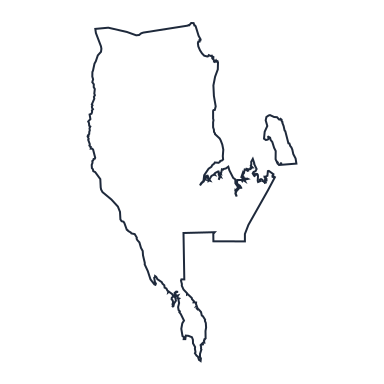 Kati, Zanzibar South and Central, United Republic of Tanzania
{"feature_id": "72390352B68738670078554", "entity_name": "Kati", "entity_type": "district", "adm_level": 2, "iso_a3": "TZA", "parent_name": "United Republic of Tanzania", "parent_adm1": "Zanzibar South and Central", "projection": "robinson", "projection_center": [39.392, -6.207], "detail": "fine", "context": "isolated", "style": "outline", "palette": "slate", "viewbox_px": 384, "rotation_deg": 0, "n_neighbors": 0, "source": "geoboundaries", "source_scale": "gbopen_adm2", "svg_char_len": 5999}
<svg xmlns="http://www.w3.org/2000/svg" viewBox="0 0 384 384"><path d="M95.3,28.9L95.9,33.0L101.0,46.4L101.4,48.8L101.0,51.8L97.8,55.4L95.8,61.3L94.5,63.6L93.0,70.6L92.4,72.0L92.3,76.6L93.1,79.3L92.3,82.2L93.8,84.3L93.7,87.1L94.8,89.0L94.3,93.6L94.9,95.2L93.9,96.9L94.3,98.7L91.8,104.5L92.5,105.3L91.9,106.4L92.0,107.8L93.0,109.2L91.9,110.4L92.1,111.9L91.5,113.7L89.6,114.5L90.4,119.1L88.2,121.5L89.0,123.1L89.2,125.8L90.3,126.5L89.5,128.3L89.8,130.4L89.3,131.7L89.2,134.0L88.6,134.7L88.5,135.8L87.9,135.6L87.6,136.4L88.7,138.9L88.2,139.8L89.8,144.2L89.4,145.6L90.8,146.9L90.5,147.5L91.1,148.3L90.9,148.7L92.2,148.7L93.1,149.6L95.2,157.8L94.8,158.7L93.6,159.0L93.2,160.4L92.3,161.1L92.5,162.8L91.7,164.9L91.9,168.1L92.9,169.3L93.3,171.2L95.2,172.1L100.3,179.1L100.7,187.4L101.1,189.5L102.5,192.1L111.4,199.5L117.9,206.6L120.0,211.9L120.4,219.4L121.6,221.2L123.5,221.7L124.4,223.1L126.8,229.8L127.5,230.0L128.2,231.0L130.8,232.5L131.4,233.4L134.7,234.1L136.8,237.6L136.6,238.7L137.4,240.2L139.4,242.4L141.0,247.9L142.7,251.0L143.0,255.3L144.8,263.0L144.7,264.4L147.8,271.1L150.5,279.4L154.4,284.4L155.4,284.8L155.9,283.7L154.8,281.6L154.2,277.8L155.0,277.1L155.1,276.1L156.2,276.9L157.4,279.2L161.7,282.1L162.5,283.7L164.3,285.3L164.6,287.6L166.4,288.5L167.4,290.6L168.4,291.3L168.2,292.3L168.9,291.7L172.1,294.0L173.4,296.4L171.8,297.7L171.6,299.3L172.6,300.3L173.1,302.2L172.5,304.3L173.1,305.4L172.6,306.2L172.9,306.5L173.4,306.2L174.0,303.6L175.9,300.7L175.4,297.9L174.7,297.1L174.6,293.0L176.2,291.6L178.1,291.9L176.6,292.0L175.1,293.0L176.3,296.0L178.1,295.4L177.5,296.4L177.6,298.0L179.1,298.5L178.3,299.2L179.1,303.0L178.1,307.1L178.6,310.1L179.8,311.3L179.3,312.1L180.8,314.1L184.0,320.6L182.3,323.3L181.3,328.8L182.5,336.1L184.0,337.1L183.7,339.1L185.3,339.1L185.8,335.6L188.3,335.8L191.9,337.2L192.9,339.7L193.0,343.3L195.1,347.1L194.9,348.7L195.5,352.1L194.9,353.2L196.6,355.7L197.9,356.6L199.0,359.9L200.6,361.0L200.9,358.5L200.0,356.8L200.0,353.9L201.4,349.5L201.0,348.8L201.1,347.0L200.6,345.1L201.7,344.0L202.0,344.6L202.9,344.4L202.6,343.1L203.4,342.4L204.3,342.6L204.0,340.4L204.7,339.6L204.5,339.2L205.6,338.4L205.5,331.0L206.1,327.5L205.8,323.0L204.9,320.8L205.1,319.7L202.9,316.2L201.8,315.5L201.0,312.0L198.5,309.2L197.9,308.9L197.6,309.3L196.9,308.6L197.5,308.1L196.8,306.3L196.3,306.4L196.7,305.9L196.0,304.0L196.1,302.5L193.6,302.4L194.0,301.3L192.0,299.2L191.8,298.0L187.8,294.2L187.0,294.6L187.0,293.2L183.5,289.5L181.8,285.7L181.9,284.0L181.0,280.7L181.4,279.4L184.3,279.4L183.5,233.0L214.7,232.2L213.3,233.8L213.4,241.3L244.9,241.4L244.9,234.0L248.4,224.9L268.0,190.2L274.9,177.2L273.9,176.5L273.5,177.3L272.5,176.8L272.5,175.6L273.4,174.2L268.8,170.9L267.9,171.1L267.4,175.8L266.0,176.4L265.9,177.2L265.6,176.8L264.5,176.7L264.6,177.4L265.4,178.3L267.2,179.5L266.4,179.2L266.6,181.3L265.9,179.3L265.1,179.6L265.8,182.5L264.9,182.8L264.6,181.3L263.9,182.6L263.9,181.2L262.3,181.0L262.4,179.8L261.0,179.1L259.9,179.6L260.0,181.2L258.1,182.0L257.7,180.8L258.0,176.2L257.7,174.6L257.2,174.0L256.4,173.9L256.0,174.6L254.9,174.0L254.3,175.3L255.1,176.6L254.0,175.6L252.7,173.4L253.6,171.9L255.5,171.2L256.6,169.0L254.1,163.8L254.3,163.3L252.8,158.9L251.2,161.8L251.3,164.4L250.8,165.6L252.4,167.4L251.1,167.4L250.3,166.7L251.2,168.4L250.4,169.1L249.0,169.1L248.4,169.5L248.3,170.6L247.6,170.8L247.4,169.8L246.6,170.3L247.3,169.3L247.0,168.9L246.5,168.8L246.2,169.9L244.7,169.5L243.9,173.2L243.4,173.8L242.9,172.7L241.9,175.6L243.2,176.5L244.2,176.3L243.3,176.8L242.1,176.5L241.4,177.1L242.9,178.6L244.2,178.2L245.9,178.8L247.3,178.6L247.9,178.9L244.3,179.8L245.0,181.2L243.0,179.9L242.3,181.1L241.6,180.0L237.4,180.0L237.0,182.6L237.4,184.0L239.9,185.7L241.5,188.2L239.9,187.0L239.4,186.0L238.8,186.3L238.9,187.4L239.5,187.8L238.8,187.8L238.7,188.7L236.5,191.1L235.6,193.4L236.4,195.4L236.6,196.5L235.4,193.6L235.8,191.0L235.3,190.6L235.4,190.0L236.0,190.5L238.0,187.3L237.8,186.7L235.4,183.3L235.3,179.4L233.2,177.9L229.4,170.4L228.3,166.7L225.8,168.5L223.5,169.0L223.1,169.6L221.9,169.3L221.2,172.7L220.7,173.0L220.9,173.7L220.4,173.4L219.8,174.5L220.8,176.7L220.3,176.4L218.7,179.8L219.6,176.8L218.7,174.4L218.6,171.5L218.2,171.4L215.3,172.9L214.3,174.0L214.9,174.9L214.0,174.6L211.5,175.9L209.3,179.5L210.1,180.7L209.2,180.4L208.4,181.0L208.0,177.6L207.1,177.6L208.0,176.7L207.7,175.9L207.3,176.0L207.7,175.2L206.2,176.4L206.0,177.4L205.5,177.3L205.1,176.4L204.8,176.9L205.3,178.4L204.6,177.9L204.5,178.7L205.2,179.5L204.4,179.3L203.8,181.4L201.9,182.9L200.0,185.4L201.0,183.4L203.5,180.8L204.2,175.2L208.6,168.7L211.4,166.8L212.2,165.2L214.3,163.5L214.8,162.5L218.6,162.8L220.0,161.7L220.3,160.9L221.8,160.6L223.1,159.5L222.8,156.2L223.3,149.7L222.3,144.6L220.7,140.4L219.7,138.5L215.0,134.1L215.0,133.4L214.0,131.9L213.9,129.7L213.1,127.3L213.1,122.3L213.5,120.1L213.1,118.6L213.1,110.9L213.5,110.1L214.8,109.9L215.7,106.4L213.9,95.9L213.4,85.4L215.1,76.7L217.8,69.4L218.0,62.5L217.5,61.2L216.6,61.6L216.0,60.4L214.8,62.0L214.0,61.6L214.3,60.6L212.7,58.8L213.3,58.5L213.4,57.0L213.0,56.8L212.8,57.4L212.2,57.4L211.8,55.7L210.3,55.9L208.8,55.1L207.9,56.4L207.3,56.5L204.2,55.7L202.0,53.4L200.0,50.3L198.3,46.4L197.9,43.1L198.3,41.7L199.5,41.6L199.5,40.2L200.4,40.3L200.6,39.4L198.6,35.8L195.7,26.4L195.2,25.6L194.4,25.5L193.6,23.1L191.2,23.0L189.2,25.3L188.4,25.1L187.9,25.6L143.3,32.6L141.2,33.3L139.1,35.0L136.2,35.3L127.0,32.0L108.3,27.7L95.3,28.9ZM296.4,163.6L295.6,158.5L293.3,154.1L292.3,149.6L291.4,147.4L290.3,146.1L289.4,143.5L288.4,143.3L285.3,131.2L284.6,130.5L283.6,126.0L282.3,122.7L282.5,122.1L281.6,120.9L281.6,119.7L280.6,118.9L280.1,119.6L279.1,119.5L277.0,117.2L274.1,117.0L270.0,115.1L268.6,115.5L266.4,117.0L265.7,120.3L267.3,126.0L264.7,131.7L264.0,138.7L265.9,140.0L267.7,139.6L268.3,139.1L268.7,137.7L267.6,136.3L270.1,137.7L270.6,139.9L272.3,142.0L274.1,147.8L275.7,151.0L275.6,159.2L276.3,160.9L277.6,162.3L277.1,162.6L277.6,163.6L278.6,164.5L280.0,164.5L281.6,162.5L280.1,164.9L296.4,163.6Z" fill="none" stroke="#1e293b" stroke-width="2"/></svg>